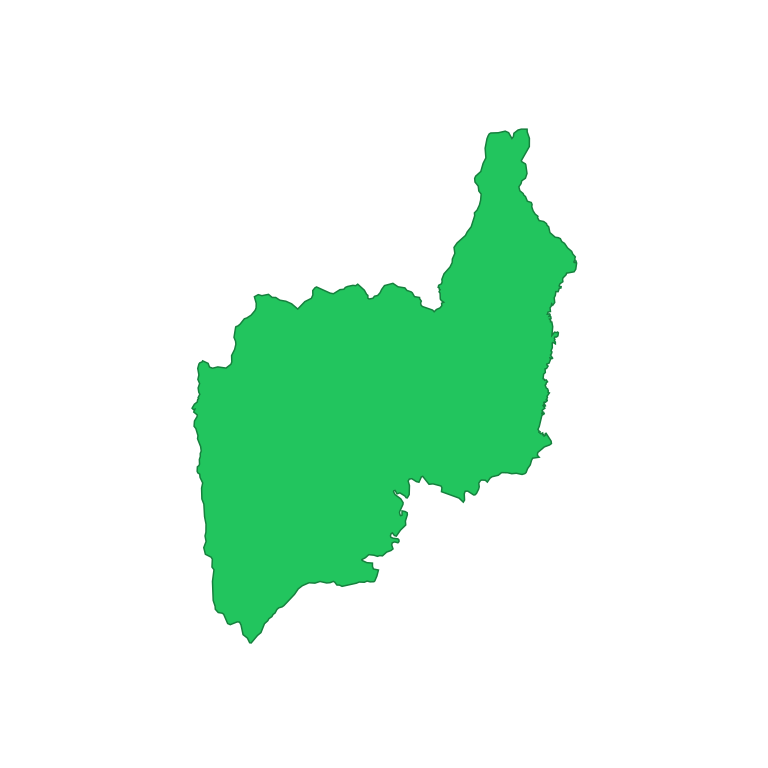 Marinilla, Antioquia, Colombia, rotated 204°
{"feature_id": "7082276B39269491534376", "entity_name": "Marinilla", "entity_type": "district", "adm_level": 2, "iso_a3": "COL", "parent_name": "Colombia", "parent_adm1": "Antioquia", "projection": "natural_earth1", "projection_center": [-75.307, 6.179], "detail": "fine", "context": "isolated", "style": "filled", "palette": "green", "viewbox_px": 768, "rotation_deg": 204, "n_neighbors": 0, "source": "geoboundaries", "source_scale": "gbopen_adm2", "svg_char_len": 6167}
<svg xmlns="http://www.w3.org/2000/svg" viewBox="0 0 768 768"><g transform="rotate(204 384 384)"><path d="M315.5,226.4L313.2,231.5L309.9,234.7L308.7,237.0L311.5,240.1L311.9,242.3L310.0,244.1L306.7,244.6L306.2,246.1L306.9,247.6L308.4,248.2L312.9,246.8L315.5,246.8L316.4,248.0L316.6,250.2L315.8,251.4L312.9,249.8L310.9,250.0L309.5,257.2L306.8,264.0L308.7,267.5L309.5,274.1L310.4,275.8L312.8,276.1L315.9,275.4L314.2,271.5L315.1,270.5L315.9,270.8L317.5,272.7L317.8,274.0L317.7,281.7L318.3,283.4L322.0,285.9L328.8,287.4L331.5,289.4L331.6,290.5L330.6,291.3L327.4,289.0L325.2,291.0L319.4,290.2L317.5,289.1L316.4,289.4L316.0,293.2L319.4,301.5L322.5,305.2L322.2,307.4L320.1,308.8L314.7,308.0L312.1,308.5L312.1,314.3L311.1,315.4L302.1,310.7L298.6,312.7L290.5,314.0L288.9,312.8L287.7,309.0L269.1,310.3L263.5,308.3L263.2,310.7L266.0,316.3L266.2,319.1L263.9,320.2L257.0,319.1L255.8,319.7L255.0,321.6L254.8,326.4L255.2,328.8L257.1,332.0L256.6,335.0L255.7,336.0L252.3,337.3L249.7,336.4L248.8,341.1L247.6,343.2L242.5,347.1L240.5,350.9L235.0,353.2L230.8,354.0L226.8,356.3L221.1,357.5L218.9,359.4L218.2,360.9L218.4,365.2L217.5,369.6L218.2,374.5L218.0,376.7L212.5,380.2L214.9,381.3L215.7,383.9L211.9,391.8L207.9,395.7L206.8,397.7L208.1,399.8L215.9,404.9L216.4,404.4L215.7,402.9L216.6,401.6L217.6,402.8L218.4,402.2L219.2,403.8L220.5,402.3L221.4,402.4L222.0,403.8L223.0,403.1L223.5,404.4L224.9,405.1L224.9,408.3L227.0,419.5L225.5,422.0L226.3,422.7L227.1,420.8L227.9,421.2L227.8,423.5L228.7,423.8L228.7,424.7L227.2,427.3L230.0,429.0L229.8,429.7L228.0,429.1L227.6,429.7L230.4,431.8L230.3,432.7L229.1,432.9L228.1,435.1L228.3,435.7L229.4,435.6L229.2,438.2L230.1,439.0L229.3,443.1L230.7,443.1L231.2,444.7L232.6,446.1L234.1,446.3L236.3,448.5L235.9,449.8L236.3,451.2L235.5,452.5L237.4,453.7L238.8,452.7L239.3,453.5L240.8,453.5L242.2,457.9L241.3,460.1L243.0,463.3L241.8,464.3L241.4,467.1L243.0,467.6L243.4,468.4L241.7,470.2L241.9,474.2L242.9,475.3L240.9,475.4L240.5,476.2L243.7,478.2L243.3,479.7L243.6,481.6L244.9,482.2L245.0,485.7L247.0,489.8L246.6,490.7L243.8,490.4L244.5,492.0L246.0,492.8L245.9,494.1L247.0,495.0L247.0,496.4L245.5,497.1L244.7,498.7L245.5,501.7L246.5,502.1L247.2,501.2L249.3,500.7L250.4,496.7L253.2,505.0L255.9,508.9L257.2,508.6L257.6,509.8L259.2,510.6L258.0,511.6L258.9,513.2L259.7,513.7L260.7,513.0L260.4,514.8L261.2,515.4L263.2,514.2L263.4,516.5L261.4,517.9L263.3,521.1L262.9,523.2L263.4,525.4L261.9,524.6L261.2,527.9L263.6,532.0L263.5,534.6L264.6,538.3L262.5,539.2L262.8,542.7L261.4,543.7L261.8,545.0L263.5,544.5L264.0,545.1L264.0,547.2L262.2,550.2L263.5,552.4L263.6,553.8L262.1,557.8L262.3,559.5L256.0,563.8L255.5,566.8L257.2,572.8L258.4,574.1L258.7,572.6L259.8,572.4L260.3,573.4L259.8,574.8L260.8,576.4L260.9,577.9L264.4,579.5L266.5,581.5L271.7,583.0L276.3,585.9L279.5,586.4L282.0,588.5L284.3,588.6L287.3,587.7L294.0,589.8L297.5,594.6L299.6,595.3L300.8,596.6L304.2,597.4L308.7,596.4L311.3,598.3L311.6,599.8L315.0,600.7L318.2,602.8L321.1,606.0L321.8,608.3L323.3,609.7L327.4,609.3L331.0,612.8L332.9,613.3L334.4,614.6L338.5,615.8L341.0,619.0L340.3,622.7L340.8,625.7L338.5,629.5L339.0,634.5L343.6,641.9L344.4,642.6L348.4,643.1L349.4,643.9L347.8,660.0L351.1,667.6L355.7,672.5L356.9,675.0L362.2,672.7L364.9,670.5L367.3,665.9L366.4,662.6L367.0,660.3L372.4,664.3L376.1,664.3L381.8,660.0L388.6,656.7L389.6,655.2L389.8,653.1L389.7,650.0L387.5,640.5L382.9,632.0L383.2,625.9L382.0,617.5L384.8,611.2L384.8,608.7L383.0,605.5L378.4,603.1L375.9,598.9L372.5,597.0L370.5,591.3L369.6,586.3L369.7,580.7L371.0,577.1L369.6,574.6L368.3,563.1L369.8,557.0L370.0,552.8L374.6,542.6L375.6,537.3L372.4,532.1L372.4,526.0L371.1,522.7L371.3,517.6L374.0,509.1L373.7,503.2L372.4,500.8L372.3,498.8L374.2,496.4L373.8,494.3L372.7,494.4L372.2,493.2L371.2,493.1L371.2,490.6L369.7,489.8L367.1,484.5L365.5,483.5L362.7,483.0L364.3,481.2L363.0,479.1L363.8,476.3L366.4,473.4L367.6,470.4L369.7,471.3L380.5,470.4L382.3,471.2L383.5,472.9L383.6,474.9L386.1,476.4L386.7,477.5L391.7,476.2L395.2,478.8L396.7,479.2L401.2,478.8L404.0,480.3L410.7,478.5L416.8,479.6L423.6,474.1L424.6,469.5L424.7,465.8L425.8,462.3L428.4,460.3L429.0,457.8L432.2,455.6L433.6,455.8L434.8,458.4L436.3,458.8L440.1,461.7L448.6,464.5L449.8,462.3L452.5,461.5L456.9,458.3L458.6,456.5L459.2,454.2L462.6,452.3L466.9,445.9L470.2,445.1L485.1,445.2L486.2,443.8L487.1,440.4L485.2,436.4L485.2,432.7L489.8,427.1L493.3,417.4L501.0,419.7L507.3,419.7L513.3,418.2L518.1,419.0L521.4,417.6L526.0,418.9L531.5,415.0L535.2,414.5L537.9,411.0L533.5,405.7L531.8,401.5L531.7,398.8L533.4,392.8L536.2,388.5L538.1,386.8L539.8,380.1L541.2,377.4L542.6,376.2L542.6,375.4L540.0,365.6L537.0,362.7L535.5,360.1L534.5,354.8L534.8,348.0L532.0,342.2L531.9,339.7L534.8,334.3L542.8,332.0L547.0,328.7L550.3,328.5L553.1,331.3L559.1,331.4L559.2,330.2L560.9,328.4L561.2,327.0L560.5,322.5L556.8,317.0L555.9,312.5L552.6,309.4L552.2,304.8L549.9,301.2L548.1,299.7L548.3,296.0L547.5,295.4L547.9,294.1L547.3,291.6L549.0,288.4L549.5,283.8L547.7,283.1L546.5,284.1L546.4,281.0L542.0,279.8L541.5,278.2L542.1,273.1L540.3,268.1L537.8,266.8L536.5,265.3L532.9,261.1L532.1,258.2L526.1,252.3L523.7,248.4L523.6,245.8L522.3,243.0L522.0,240.0L519.9,235.7L519.9,234.1L520.8,232.4L519.2,228.3L518.0,227.1L515.7,226.7L514.0,223.8L509.4,219.9L508.3,214.7L503.6,204.9L499.7,201.0L494.0,189.9L489.6,183.6L486.4,176.2L485.7,172.4L482.5,167.8L482.1,161.2L477.9,155.8L471.6,155.5L469.6,154.2L466.7,146.8L463.8,145.2L460.4,133.9L452.0,116.8L447.9,112.3L446.5,109.6L442.5,107.8L438.7,108.8L436.9,108.5L429.4,101.6L426.6,101.6L421.3,107.0L419.1,107.7L416.6,105.7L410.8,97.7L405.4,96.3L401.5,93.0L400.0,93.4L397.3,102.8L395.3,106.9L395.7,116.4L393.9,120.4L393.7,122.8L391.8,125.9L391.6,128.4L390.4,130.4L390.1,134.5L389.1,136.7L386.4,139.0L385.3,140.9L380.2,155.4L379.0,162.0L376.5,166.6L371.7,171.9L366.1,174.0L362.1,177.6L355.5,178.9L352.4,180.6L350.0,183.1L348.3,182.9L345.3,181.2L342.8,182.2L340.0,182.1L328.2,190.8L326.1,193.0L321.3,194.9L319.3,197.1L316.2,197.6L312.8,199.3L312.3,200.4L312.4,205.7L313.4,211.8L318.4,210.7L320.3,212.6L321.7,215.7L327.0,213.8L332.3,213.9L332.8,214.6L330.3,217.8L328.5,221.9L323.6,223.5L319.9,223.9L318.1,225.5L315.5,226.4Z" fill="#22c55e" stroke="#15803d" stroke-width="1.5"/></g></svg>